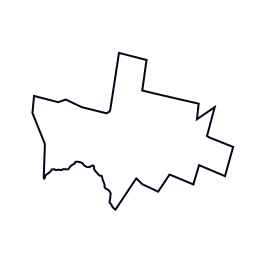 the district of Caledonia, Vermont, United States of America, rotated 73°
{"feature_id": "52423323B73732041573461", "entity_name": "Caledonia", "entity_type": "district", "adm_level": 2, "iso_a3": "USA", "parent_name": "United States of America", "parent_adm1": "Vermont", "projection": "robinson", "projection_center": [-72.042, 44.463], "detail": "fine", "context": "isolated", "style": "outline", "palette": "ink", "viewbox_px": 256, "rotation_deg": 73, "n_neighbors": 0, "source": "geoboundaries", "source_scale": "gbopen_adm2", "svg_char_len": 1343}
<svg xmlns="http://www.w3.org/2000/svg" viewBox="0 0 256 256"><g transform="rotate(73 128 128)"><path d="M202.4,163.9L178.6,134.8L186.0,130.7L197.7,117.8L184.7,101.9L187.3,98.6L201.1,82.0L184.3,70.9L202.4,49.3L176.9,33.0L160.9,52.9L158.8,54.8L133.4,39.0L139.8,59.5L125.4,53.3L102.7,92.7L96.3,103.4L68.4,90.4L54.7,112.8L53.6,114.7L81.7,128.2L106.1,140.0L106.9,141.1L107.7,144.2L94.5,166.2L82.6,179.2L82.9,187.2L69.9,208.5L85.7,215.0L118.3,212.2L120.4,212.6L150.5,223.0L151.8,222.9L151.3,222.0L150.0,221.7L148.7,219.8L147.6,216.2L146.6,214.5L145.4,213.0L145.8,210.7L146.0,210.3L146.9,209.7L147.2,209.1L147.4,207.9L147.3,207.2L148.6,204.5L148.7,204.2L148.8,203.9L148.5,202.7L148.5,201.7L149.3,199.4L150.0,197.8L149.8,197.0L149.4,196.1L148.4,195.2L147.0,192.4L146.6,190.1L145.8,188.7L145.3,188.6L145.0,187.7L145.6,185.8L147.2,183.0L148.6,181.7L150.4,181.2L152.2,179.8L152.7,179.4L153.6,178.1L153.8,177.6L153.9,176.6L153.8,173.8L153.5,173.3L153.6,172.4L154.7,171.8L155.5,171.9L157.1,172.4L158.3,172.2L159.4,171.9L161.3,171.0L164.8,169.5L165.3,169.0L165.8,167.5L166.6,167.1L171.1,167.4L172.4,167.1L175.6,167.0L177.1,167.6L178.1,167.6L179.6,167.0L180.6,165.7L182.5,164.3L185.2,163.7L186.3,164.0L191.4,166.2L192.9,167.1L193.8,167.3L194.4,167.2L196.4,166.3L198.7,166.0L200.8,165.0L202.4,163.9Z" fill="none" stroke="#020617" stroke-width="2"/></g></svg>